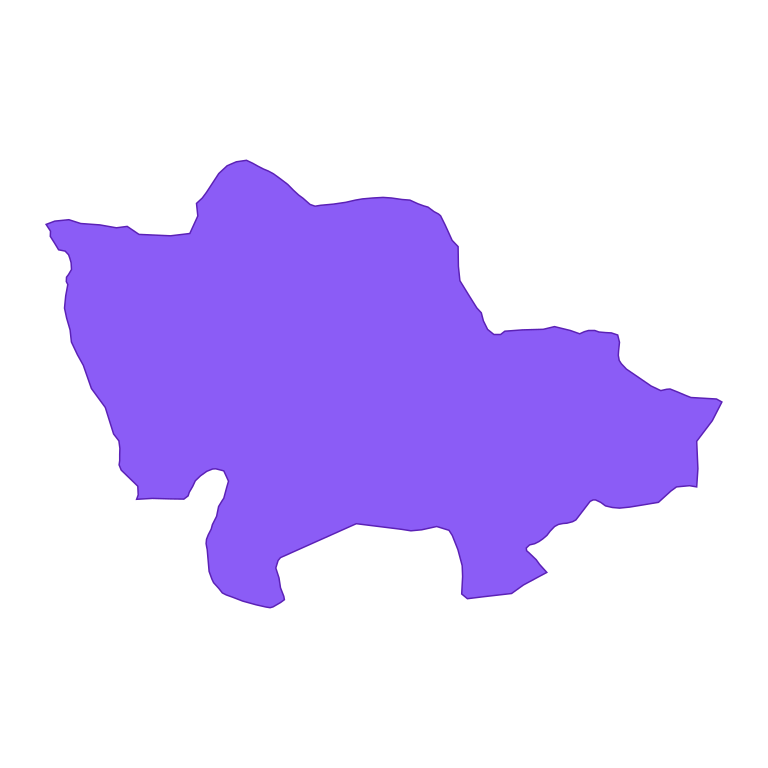 outline of Berbérati, Mambéré-Kadéï, Central African Republic
{"feature_id": "33826404B29108379746580", "entity_name": "Berbérati", "entity_type": "district", "adm_level": 2, "iso_a3": "CAF", "parent_name": "Central African Republic", "parent_adm1": "Mambéré-Kadéï", "projection": "albers", "projection_center": [15.911, 4.294], "detail": "fine", "context": "isolated", "style": "filled", "palette": "violet", "viewbox_px": 768, "rotation_deg": 0, "n_neighbors": 0, "source": "geoboundaries", "source_scale": "gbopen_adm2", "svg_char_len": 2722}
<svg xmlns="http://www.w3.org/2000/svg" viewBox="0 0 768 768"><path d="M721.9,402.0L716.5,399.0L690.9,397.5L684.9,395.1L677.6,392.0L670.1,389.0L666.5,389.3L660.8,390.6L651.1,386.0L626.4,369.1L621.3,363.7L619.2,360.4L618.3,355.3L618.6,350.7L619.5,342.3L617.7,335.0L611.4,332.9L605.9,332.6L599.0,332.0L594.8,330.5L588.5,330.5L584.3,331.7L579.7,333.8L570.4,330.5L554.5,326.6L543.3,329.3L522.2,329.9L504.8,331.2L500.6,334.5L493.9,334.5L487.6,329.4L483.4,320.9L481.3,312.8L476.8,307.9L469.2,295.8L459.9,280.7L458.4,266.3L458.1,246.6L452.1,240.3L448.8,233.0L445.1,224.9L440.6,215.8L438.5,214.0L434.0,211.6L428.0,207.1L423.8,205.9L418.0,203.8L409.9,200.1L402.1,199.5L391.6,198.0L383.1,197.4L372.6,198.0L362.4,198.9L355.4,200.1L345.8,202.3L333.5,204.1L320.5,205.3L315.1,206.2L310.0,204.4L303.1,198.3L298.6,195.0L293.4,190.2L287.7,184.4L281.4,179.6L273.6,173.9L268.5,171.1L263.4,169.0L257.6,166.0L252.8,163.3L246.5,160.3L236.3,161.8L227.2,165.7L218.8,173.5L206.5,192.3L202.3,198.0L196.5,203.4L197.8,216.0L189.8,233.5L170.5,235.8L139.0,234.4L127.2,226.4L116.4,227.8L99.9,224.9L80.7,223.5L68.9,219.7L54.8,221.1L46.1,224.4L50.5,231.2L50.3,236.4L54.5,243.0L58.6,249.8L65.1,251.1L68.6,254.8L69.9,258.5L71.1,262.7L71.5,269.5L68.4,274.7L66.5,277.2L66.3,281.6L67.8,284.5L65.7,295.9L64.5,308.1L66.6,318.0L70.1,330.0L71.4,342.0L77.4,354.7L83.3,365.3L91.4,388.5L105.3,407.5L113.6,434.0L118.9,440.9L119.9,448.5L119.7,454.3L119.7,460.6L119.1,464.9L121.2,470.1L137.8,486.2L138.2,494.9L136.6,499.3L152.3,498.4L170.6,498.9L183.9,499.1L188.1,495.9L189.3,492.2L192.7,486.4L195.3,480.8L200.5,475.8L204.3,473.1L206.8,471.3L212.6,469.0L215.7,468.8L221.3,470.2L223.8,470.9L226.4,476.5L228.5,481.2L226.7,487.4L223.8,498.2L222.0,500.9L218.6,506.5L216.6,516.3L212.4,524.6L211.2,529.1L208.3,534.7L206.5,539.3L206.1,543.6L206.7,547.1L207.2,549.5L209.1,571.4L211.8,578.9L213.6,582.7L218.7,588.3L222.3,592.9L226.2,594.9L232.6,597.2L242.7,601.1L256.1,604.8L265.8,607.0L270.1,607.7L273.0,606.9L280.6,602.5L284.4,599.7L283.8,596.3L280.5,587.8L279.0,577.9L275.8,568.0L278.1,560.5L280.5,557.6L356.3,523.7L401.4,529.3L410.9,530.8L421.7,529.8L436.7,526.5L449.0,530.3L452.3,535.5L457.9,549.6L462.2,565.7L462.6,576.5L461.7,594.0L467.4,598.7L482.9,596.8L511.6,593.5L523.4,585.0L546.8,572.4L539.5,564.3L536.2,559.7L529.0,552.8L526.6,550.7L526.3,548.0L529.6,544.9L534.7,543.7L538.9,541.6L542.8,538.9L547.0,535.3L550.0,531.3L554.6,526.5L558.5,524.4L563.0,523.5L566.9,523.2L572.6,521.7L575.9,519.9L590.1,501.4L593.1,499.9L595.5,499.9L600.6,502.3L605.5,505.9L612.4,507.5L619.6,508.1L629.6,507.1L640.7,505.3L658.5,502.3L670.8,491.1L676.5,486.9L689.5,485.7L696.7,486.9L697.9,468.7L696.7,441.3L712.3,420.7L721.9,402.0Z" fill="#8b5cf6" stroke="#5b21b6" stroke-width="1.5"/></svg>